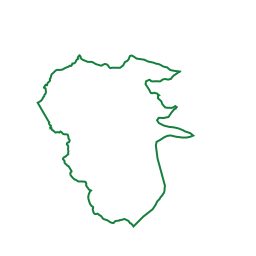 map outline of Ruvuma (Natural Earth projection), rotated 59°
{"feature_id": "TZA-3389", "entity_name": "Ruvuma", "entity_type": "Region", "adm_level": 1, "iso_a3": "TZA", "parent_name": "United Republic of Tanzania", "parent_adm1": "", "projection": "natural_earth1", "projection_center": [36.042, -10.46], "detail": "fine", "context": "isolated", "style": "outline", "palette": "green", "viewbox_px": 256, "rotation_deg": 59, "n_neighbors": 0, "source": "natural_earth", "source_scale": "10m", "svg_char_len": 4063}
<svg xmlns="http://www.w3.org/2000/svg" viewBox="0 0 256 256"><g transform="rotate(59 128 128)"><path d="M42.2,135.0L41.8,134.8L41.4,134.2L41.1,133.4L40.8,132.6L40.8,132.1L42.2,131.9L42.8,132.0L43.4,132.5L44.9,132.3L46.3,131.6L50.6,128.4L52.9,124.7L56.6,122.7L60.8,118.9L61.1,115.1L62.3,113.6L63.9,112.9L65.8,112.9L67.5,112.4L68.2,110.5L72.3,103.8L71.9,100.0L69.9,96.7L70.1,93.9L69.3,91.8L68.2,90.6L67.3,89.1L67.8,87.5L69.4,86.5L73.0,84.8L77.9,78.8L81.1,76.8L85.4,72.2L87.3,70.8L88.8,69.0L90.7,67.6L93.0,66.4L94.7,64.9L96.2,63.2L98.3,62.6L100.2,61.8L103.1,58.6L106.3,54.5L106.5,55.0L106.2,55.6L106.2,56.5L106.4,57.7L106.6,61.8L107.1,63.8L108.0,65.8L107.2,68.7L105.2,70.8L104.5,72.6L104.3,74.4L104.7,75.6L104.4,76.8L102.7,79.3L100.5,83.3L99.5,84.2L98.4,84.3L97.6,85.0L97.3,88.5L99.5,90.4L106.4,90.1L108.2,90.4L109.9,90.3L110.8,89.1L111.2,87.5L113.5,85.3L115.7,84.6L115.5,85.3L115.9,85.7L116.3,85.6L116.6,86.1L117.9,87.0L122.3,85.7L125.3,86.3L129.4,85.6L129.7,85.3L131.0,83.8L133.2,80.2L133.6,78.8L133.6,76.2L134.7,75.8L135.2,75.5L135.9,77.1L135.8,79.0L137.4,83.4L139.4,87.6L137.8,92.3L135.1,96.4L136.3,99.1L139.7,99.0L144.3,96.1L148.3,92.1L151.2,88.2L154.5,84.8L158.4,81.9L160.0,81.1L164.4,77.3L168.1,76.0L167.5,79.5L166.3,82.8L164.1,86.4L160.3,91.2L156.2,95.5L154.9,98.7L154.6,102.2L154.8,106.4L154.6,110.6L157.1,113.0L169.1,118.3L196.6,126.1L199.0,128.0L200.5,129.0L201.8,130.2L203.0,132.6L203.6,133.9L203.9,135.2L205.2,137.7L205.9,140.5L206.7,141.9L207.8,143.4L210.3,148.6L211.8,160.4L215.2,174.0L214.1,174.0L211.3,174.6L210.8,175.2L210.4,175.3L208.3,175.4L207.5,175.7L204.4,177.7L204.1,178.2L203.9,179.0L203.2,181.7L202.7,182.4L202.8,183.4L201.6,185.8L201.3,187.1L201.5,187.9L201.8,188.6L201.9,189.3L201.5,190.1L200.9,190.7L199.8,191.6L196.2,193.4L194.0,195.4L193.1,196.0L192.0,196.2L190.4,196.3L189.4,196.5L187.6,197.6L186.5,197.8L185.9,198.1L185.5,198.9L185.3,199.7L185.0,200.2L184.6,200.7L184.2,200.9L183.3,201.0L182.2,201.0L179.7,200.2L179.3,200.0L178.4,198.9L177.8,198.6L177.4,198.7L177.0,198.9L176.6,199.2L176.1,199.4L174.3,199.6L172.2,199.4L168.0,198.3L166.2,197.3L164.5,195.6L163.1,193.7L162.5,191.9L161.8,192.4L161.3,192.8L160.9,193.1L156.3,193.5L155.5,193.4L154.3,192.4L153.3,192.4L152.8,192.1L152.0,192.4L149.8,195.5L148.4,197.8L147.9,198.3L147.4,198.6L145.5,199.4L145.0,199.9L144.8,200.2L144.4,200.5L143.1,200.7L142.4,201.0L139.2,201.5L138.4,201.4L137.1,200.7L136.9,200.6L136.6,200.3L136.3,198.9L135.9,198.6L130.1,198.6L129.8,198.8L129.6,199.0L129.2,199.3L127.7,199.6L125.9,200.2L125.1,200.2L124.6,200.1L123.9,199.5L123.3,199.4L121.2,199.8L120.7,199.4L120.2,198.3L120.1,197.1L120.4,196.3L120.0,195.1L119.9,193.8L119.7,192.7L118.9,192.3L118.4,192.1L118.1,191.9L117.7,191.5L117.3,191.1L116.8,190.9L115.7,190.5L115.3,190.3L113.5,189.0L112.4,188.5L111.7,188.5L110.7,188.9L109.8,188.3L109.4,187.2L109.8,185.9L109.0,184.7L108.3,184.3L106.5,184.4L106.1,184.3L104.7,183.6L102.7,183.1L102.0,183.7L100.5,185.9L99.6,186.7L97.1,187.2L96.2,187.8L96.6,189.1L96.0,189.6L95.4,190.3L95.0,191.1L94.7,192.3L94.2,192.7L91.5,193.5L90.3,194.2L89.5,194.0L88.7,193.6L88.1,193.7L88.1,194.7L87.5,194.5L87.3,194.1L87.1,193.7L86.9,193.3L86.4,192.9L86.2,192.9L86.0,193.0L85.7,193.1L85.0,193.5L84.8,193.5L83.6,193.4L83.1,193.3L82.8,192.9L82.7,192.6L80.6,192.7L59.9,192.4L59.9,191.9L59.9,188.9L59.7,188.1L59.5,187.4L59.3,186.9L59.1,186.5L58.9,186.1L58.5,185.6L58.0,185.0L57.6,183.5L56.6,182.6L56.4,182.1L56.1,180.9L55.1,180.0L53.9,179.3L51.8,178.4L51.4,178.4L51.0,178.5L50.4,179.2L50.0,179.2L49.7,178.8L48.6,176.4L48.9,176.2L49.3,175.8L49.6,175.6L49.6,175.3L48.9,174.8L48.2,173.9L47.8,172.8L47.6,171.5L47.5,171.0L47.2,170.5L46.8,170.2L45.9,169.9L45.6,169.6L45.5,169.1L45.2,168.5L42.9,166.2L42.5,165.1L42.3,163.7L41.7,161.3L41.5,160.2L41.7,158.7L42.7,157.2L43.1,156.6L44.1,154.2L44.2,153.6L44.2,151.0L44.8,147.4L44.6,145.9L44.9,145.4L45.5,144.9L45.4,144.2L45.1,143.7L44.8,143.5L44.5,143.1L44.5,142.9L44.1,142.4L44.8,141.1L44.8,139.9L44.3,138.7L43.2,137.3L43.1,136.9L43.1,135.8L43.0,135.1L42.8,135.1L42.6,135.0L42.2,135.0Z" fill="none" stroke="#15803d" stroke-width="2"/></g></svg>